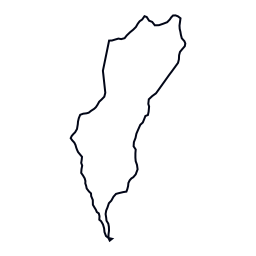 Santa Fé do Sul, São Paulo, Brazil (Robinson projection)
{"feature_id": "56859067B91056337618895", "entity_name": "Santa Fé do Sul", "entity_type": "district", "adm_level": 2, "iso_a3": "BRA", "parent_name": "Brazil", "parent_adm1": "São Paulo", "projection": "robinson", "projection_center": [-50.955, -20.266], "detail": "fine", "context": "isolated", "style": "outline", "palette": "ink", "viewbox_px": 256, "rotation_deg": 0, "n_neighbors": 0, "source": "geoboundaries", "source_scale": "gbopen_adm2", "svg_char_len": 1842}
<svg xmlns="http://www.w3.org/2000/svg" viewBox="0 0 256 256"><path d="M137.0,164.9L135.7,161.2L135.4,157.7L135.4,153.3L135.7,149.5L133.6,146.3L133.9,142.1L135.5,138.0L136.4,133.7L137.9,130.2L140.3,124.8L142.8,122.5L144.0,119.6L145.4,116.0L147.9,115.0L148.6,111.8L149.1,106.5L148.3,103.9L148.8,99.3L152.3,96.0L156.0,93.3L158.4,90.0L169.1,75.0L172.1,71.0L178.0,62.9L178.9,59.4L179.1,55.2L180.0,51.9L182.2,49.2L184.8,46.2L185.3,43.5L184.4,41.2L181.8,38.3L180.9,34.8L180.4,31.8L179.7,28.9L179.5,25.6L180.5,18.3L177.9,16.3L175.5,15.4L173.0,15.5L171.2,17.4L169.8,19.5L167.2,22.2L163.3,23.7L158.9,25.2L154.8,25.3L152.2,21.9L149.1,20.7L146.7,17.0L144.5,16.2L142.2,19.5L139.6,21.3L137.8,23.7L135.9,27.0L133.2,29.7L130.0,32.3L126.7,35.5L124.6,38.2L121.2,39.1L118.4,38.6L115.3,39.5L112.0,40.5L109.1,40.6L102.9,70.8L103.3,74.3L105.3,92.8L104.3,96.7L101.6,99.5L99.2,101.7L97.5,104.8L95.9,107.2L94.2,108.8L91.1,110.8L88.7,112.7L86.6,113.3L83.2,113.7L80.2,114.8L78.8,118.2L78.0,121.6L77.8,124.2L77.0,129.0L75.1,132.3L73.3,134.1L71.7,136.0L70.7,138.2L72.2,140.3L74.3,142.6L75.5,145.0L76.2,147.5L77.0,149.7L78.1,152.1L80.5,155.0L82.0,156.8L81.7,159.8L81.2,162.9L82.2,165.6L81.5,169.1L81.2,172.9L83.0,175.5L84.7,178.4L85.4,181.0L85.3,183.4L86.1,185.7L86.7,188.5L88.9,191.4L91.0,193.4L91.2,196.2L92.8,200.0L92.9,204.8L94.6,207.7L95.9,209.8L96.8,212.0L98.8,213.4L99.5,216.2L99.3,219.7L101.1,221.2L103.0,224.5L104.1,228.3L104.5,232.1L106.0,236.0L108.5,238.0L108.5,234.5L109.0,230.7L108.9,226.9L108.3,223.7L106.5,220.7L106.2,217.8L105.6,214.0L106.2,210.5L107.4,207.7L108.9,203.2L111.3,200.7L113.5,196.7L116.0,193.9L118.6,193.2L123.2,192.1L126.4,191.6L127.3,189.2L128.1,186.1L128.4,183.0L129.7,180.3L131.4,178.4L133.3,177.2L135.7,174.4L137.6,169.3L137.0,164.9ZM112.0,238.8L108.5,238.0L109.7,240.6L112.0,238.8Z" fill="none" stroke="#020617" stroke-width="2"/></svg>